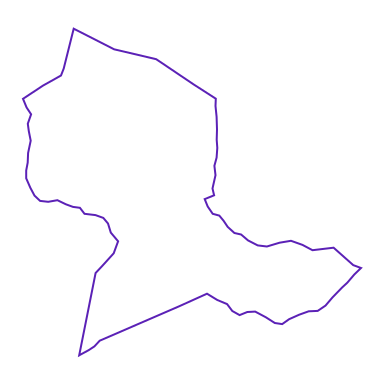 Rosário do Catete, Sergipe, Brazil
{"feature_id": "56859067B61621053518768", "entity_name": "Rosário do Catete", "entity_type": "district", "adm_level": 2, "iso_a3": "BRA", "parent_name": "Brazil", "parent_adm1": "Sergipe", "projection": "albers", "projection_center": [-37.028, -10.681], "detail": "fine", "context": "isolated", "style": "outline", "palette": "violet", "viewbox_px": 384, "rotation_deg": 0, "n_neighbors": 0, "source": "geoboundaries", "source_scale": "gbopen_adm2", "svg_char_len": 1155}
<svg xmlns="http://www.w3.org/2000/svg" viewBox="0 0 384 384"><path d="M73.7,28.7L63.7,68.6L61.0,75.5L43.0,85.6L23.0,98.8L26.6,107.5L31.1,114.3L27.8,123.7L28.8,131.1L30.7,140.7L28.1,153.0L27.7,162.6L26.2,170.5L26.2,178.3L30.3,187.7L34.5,195.6L40.1,200.9L48.2,201.8L57.4,200.2L65.9,204.3L73.0,206.9L79.9,207.8L84.5,213.8L95.5,215.1L103.3,217.9L108.0,223.5L110.8,232.6L118.1,241.3L113.7,253.3L108.9,258.6L102.1,266.1L95.6,273.0L79.2,355.3L88.6,350.2L94.4,346.4L99.7,340.7L178.9,306.4L207.0,293.7L217.3,300.0L227.1,304.1L232.3,311.0L239.6,315.1L247.3,312.0L255.2,311.6L265.9,317.3L274.8,323.0L282.2,324.1L289.1,319.2L299.2,314.7L308.7,311.3L317.7,310.9L325.5,305.6L332.5,297.4L342.1,287.5L347.3,282.7L354.3,274.5L361.0,268.0L353.2,265.1L333.6,247.7L312.5,250.2L302.5,244.9L291.0,240.8L279.6,242.7L266.9,246.5L257.7,245.4L248.0,240.4L241.1,234.5L234.4,233.0L227.7,226.9L223.6,220.8L219.3,215.6L212.7,213.8L207.7,206.5L204.7,199.1L214.1,195.3L212.5,188.5L215.5,175.2L214.4,165.8L216.6,157.6L217.3,147.9L216.7,139.8L217.0,129.4L216.6,116.9L215.5,106.0L215.8,98.7L193.6,84.4L156.2,59.2L114.1,49.3L73.7,28.7Z" fill="none" stroke="#5b21b6" stroke-width="2"/></svg>